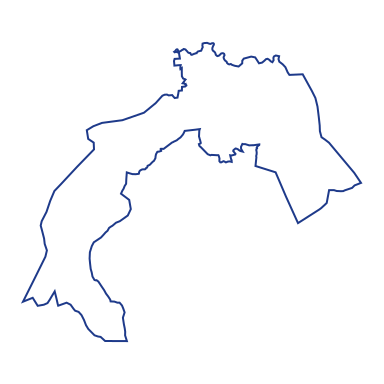 Rafael Delgado, Veracruz, Mexico
{"feature_id": "50627088B70303647374080", "entity_name": "Rafael Delgado", "entity_type": "district", "adm_level": 2, "iso_a3": "MEX", "parent_name": "Mexico", "parent_adm1": "Veracruz", "projection": "mercator", "projection_center": [-97.093, 18.796], "detail": "fine", "context": "isolated", "style": "outline", "palette": "blue", "viewbox_px": 384, "rotation_deg": 0, "n_neighbors": 0, "source": "geoboundaries", "source_scale": "gbopen_adm2", "svg_char_len": 5765}
<svg xmlns="http://www.w3.org/2000/svg" viewBox="0 0 384 384"><path d="M23.0,301.7L32.7,297.8L37.7,305.8L43.9,304.7L47.5,303.1L49.8,299.6L51.5,296.7L54.7,291.4L56.6,299.1L57.7,304.0L58.2,305.7L66.6,302.7L70.6,304.7L73.6,308.9L75.1,310.7L78.6,311.9L81.5,315.1L84.0,320.0L86.0,325.2L88.3,329.0L94.5,335.3L98.0,336.5L100.6,336.9L105.1,341.0L126.9,341.1L125.1,335.4L125.2,331.7L124.7,328.2L123.9,324.3L122.9,317.7L124.6,312.4L123.2,308.4L122.0,305.5L119.6,302.7L117.5,302.7L114.4,301.6L110.6,301.4L110.2,299.6L108.2,296.5L106.0,293.6L104.1,290.1L101.7,286.6L98.4,281.6L96.6,280.2L96.0,280.4L94.5,280.0L92.5,276.6L91.7,272.4L90.7,269.0L90.1,263.8L89.6,258.6L89.9,252.2L91.8,246.1L93.8,242.3L101.0,237.5L103.5,234.8L105.6,232.4L107.5,230.8L109.1,227.9L110.8,226.7L112.5,225.7L116.0,222.7L119.8,221.2L127.8,215.5L130.8,209.1L129.2,199.9L121.0,193.7L122.4,190.6L123.6,188.7L124.6,186.1L126.1,183.8L126.3,179.3L126.8,172.4L129.9,173.4L132.4,174.1L135.7,174.2L138.8,173.8L138.9,173.7L139.1,172.3L139.4,171.4L140.0,170.6L141.2,169.9L142.0,169.5L143.1,169.3L144.4,169.3L145.0,169.3L145.5,169.0L145.8,168.3L146.3,168.0L147.0,167.6L147.5,166.5L147.6,165.8L149.2,165.1L150.0,164.6L150.5,164.1L151.0,163.5L151.5,163.0L152.0,162.5L152.8,161.7L154.0,160.8L154.9,159.1L155.4,158.2L155.5,157.4L155.5,157.0L155.7,155.7L156.0,154.2L156.2,153.9L156.5,153.4L156.9,152.6L157.2,152.0L158.0,151.6L158.7,151.7L161.2,150.9L161.2,150.7L161.1,149.9L160.7,149.5L160.6,149.0L160.8,148.8L161.9,148.8L163.6,148.9L170.5,143.7L171.9,142.6L173.1,142.1L173.7,141.7L175.5,140.9L176.9,140.2L177.0,140.1L178.4,138.9L179.7,138.0L179.8,137.9L180.4,137.5L181.3,136.5L182.1,135.5L182.8,134.7L183.4,133.7L184.0,132.5L184.5,131.4L184.7,130.9L195.3,129.7L199.8,129.1L199.6,129.7L199.5,130.1L199.3,130.4L199.0,136.4L199.0,136.5L199.5,138.1L199.7,139.0L200.0,139.8L200.4,141.4L200.8,143.0L200.6,143.3L200.4,143.5L198.9,144.1L199.3,145.7L200.2,146.7L200.8,147.1L207.7,154.2L210.4,155.3L211.4,154.9L216.7,155.2L218.4,155.2L218.8,156.0L219.5,158.5L219.4,159.6L219.4,161.2L220.3,162.3L221.4,162.3L223.4,161.2L224.4,161.5L225.9,162.4L227.8,161.6L229.7,161.4L231.7,161.9L231.6,160.2L231.2,159.3L231.1,159.2L230.2,155.3L231.5,155.5L235.2,154.5L235.5,153.9L233.2,151.0L233.5,150.1L235.5,148.5L236.6,148.7L238.1,149.4L238.9,150.1L240.3,151.0L242.7,151.6L241.1,148.9L241.0,146.9L242.4,143.9L243.6,144.2L245.1,144.1L248.4,145.1L249.2,145.4L249.6,145.3L250.6,145.3L253.0,145.2L253.1,145.3L259.3,144.4L259.3,144.8L259.2,145.1L258.8,145.3L258.4,145.6L257.9,146.0L257.7,146.2L257.4,146.6L257.2,146.8L257.0,147.0L256.9,147.2L256.8,147.3L256.7,147.4L256.7,147.6L256.8,147.9L257.0,148.1L257.1,148.4L256.9,148.7L256.5,149.0L256.4,149.2L256.3,149.5L256.3,150.1L256.3,150.4L256.5,150.9L256.5,151.1L256.7,152.7L256.6,154.4L256.3,155.4L256.2,156.3L256.4,157.2L256.3,158.1L255.5,166.0L263.8,168.6L275.6,172.3L285.9,196.4L298.0,223.1L319.3,209.5L321.2,208.1L326.7,203.0L329.1,190.1L333.9,190.1L336.7,191.0L340.9,191.2L343.2,191.1L344.9,190.3L352.1,187.9L354.6,185.4L361.0,182.9L354.2,172.8L339.7,155.5L329.0,142.7L325.0,139.6L321.5,137.2L319.9,131.2L319.7,125.5L318.8,117.2L317.5,106.6L315.4,98.0L311.9,91.0L302.7,74.3L289.4,74.9L287.7,72.4L285.4,67.2L282.7,64.3L279.3,61.7L278.5,59.1L279.1,56.2L275.8,55.5L273.9,56.5L273.4,57.9L273.6,60.2L272.4,62.2L270.7,61.3L269.4,59.9L267.6,58.8L266.1,59.1L264.2,60.9L262.1,62.6L259.0,63.3L257.3,60.6L255.2,57.4L251.2,56.6L243.8,58.6L242.3,60.6L242.2,63.4L238.6,66.5L234.8,65.8L232.1,64.9L230.8,64.0L230.2,64.2L229.5,64.4L228.6,64.2L227.8,63.7L227.0,62.9L226.6,61.7L224.9,60.4L224.1,59.1L223.6,57.7L223.8,56.6L224.5,55.3L224.3,54.3L224.1,53.8L223.3,53.3L222.2,53.2L221.0,53.6L220.2,54.5L219.0,55.6L217.6,56.1L217.0,55.9L215.8,54.8L215.4,53.3L215.0,52.5L214.6,52.0L214.3,51.7L214.0,51.4L213.6,51.3L213.3,51.0L212.7,50.3L212.3,49.1L212.4,47.9L213.2,45.8L213.6,45.2L213.9,44.5L213.8,43.6L213.3,43.2L212.5,43.2L211.8,43.3L211.2,43.6L210.7,43.9L209.7,43.8L209.0,43.6L207.2,42.9L206.6,42.9L205.9,43.0L205.0,43.0L204.2,43.1L203.5,43.3L202.6,43.6L202.6,44.0L202.5,44.6L202.4,45.3L202.4,45.7L202.5,46.3L202.7,46.8L202.7,47.3L202.4,47.9L202.1,48.4L201.8,49.2L201.5,50.0L201.2,50.7L200.3,50.9L199.0,51.2L198.3,51.4L197.9,51.5L197.7,51.7L197.3,52.1L197.0,52.5L196.7,52.9L196.6,53.2L196.4,53.2L196.0,53.2L195.5,53.3L194.9,53.7L194.1,53.8L193.6,54.1L193.0,54.3L191.9,54.8L191.6,54.8L191.2,54.7L190.6,53.8L190.4,53.2L190.2,53.0L189.8,52.9L189.2,53.0L188.7,52.8L188.1,52.5L187.6,51.9L187.2,51.4L186.8,50.9L186.5,50.7L186.3,50.5L186.1,50.2L185.8,49.9L185.6,49.6L185.2,49.4L184.7,49.2L184.1,49.1L183.6,49.0L183.3,49.2L183.2,49.4L182.8,49.8L182.1,50.0L181.6,50.3L181.0,50.8L180.4,51.2L180.1,51.3L179.5,51.5L179.1,51.4L178.7,51.3L178.1,50.7L177.9,50.2L177.7,49.8L177.6,49.5L177.3,49.3L176.9,49.3L176.6,49.5L176.2,49.7L175.9,50.1L175.6,50.6L175.1,51.1L174.8,51.4L174.2,51.8L174.7,52.3L176.2,51.8L179.0,52.9L179.4,55.9L179.5,55.9L179.9,58.6L174.6,58.9L174.0,61.0L174.0,61.4L174.1,61.8L174.4,65.6L176.7,65.4L177.5,65.3L180.4,65.1L180.7,65.1L180.5,65.9L180.3,68.6L180.4,69.1L181.8,68.1L181.8,72.1L181.8,72.9L181.8,73.0L181.9,76.4L182.6,77.5L183.0,78.4L183.4,78.7L185.0,79.2L185.5,79.5L185.4,79.6L182.7,83.3L183.2,83.4L183.6,83.4L184.3,83.5L184.9,84.1L185.0,84.2L185.6,84.0L185.7,84.6L186.0,84.8L186.2,85.0L186.4,85.3L186.4,85.5L185.7,86.0L185.3,86.4L185.2,86.5L182.0,86.9L181.9,90.5L178.7,90.8L178.2,94.1L178.1,94.3L177.8,96.0L177.5,97.6L174.7,98.0L173.5,96.7L172.2,95.1L168.7,95.4L167.0,94.6L164.7,94.7L162.4,95.7L155.7,103.1L144.0,112.7L122.4,120.2L102.0,122.9L93.4,126.2L86.8,130.2L88.2,138.9L93.7,142.6L94.0,149.4L77.1,166.8L60.8,184.3L54.4,191.0L50.2,200.9L46.5,211.9L41.7,221.2L40.7,225.6L41.9,230.0L44.1,238.6L44.7,243.9L46.9,250.4L45.4,256.7L34.4,278.9L23.0,301.7Z" fill="none" stroke="#1e3a8a" stroke-width="2"/></svg>